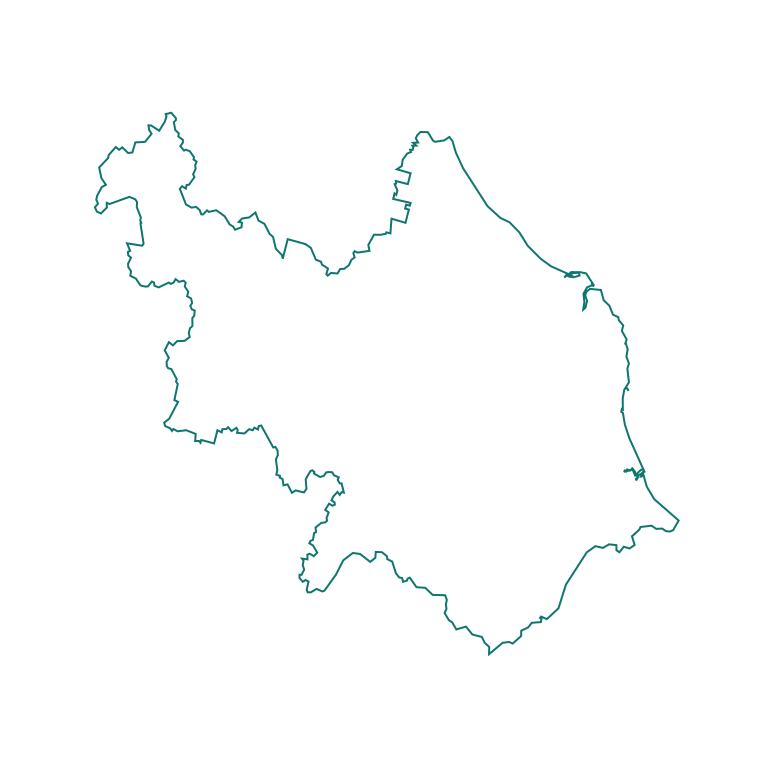 outline of Bundaberg, Queensland, Australia, rotated 7°
{"feature_id": "25037944B53664742087650", "entity_name": "Bundaberg", "entity_type": "district", "adm_level": 2, "iso_a3": "AUS", "parent_name": "Australia", "parent_adm1": "Queensland", "projection": "robinson", "projection_center": [152.268, -24.973], "detail": "fine", "context": "isolated", "style": "outline", "palette": "teal", "viewbox_px": 768, "rotation_deg": 7, "n_neighbors": 0, "source": "geoboundaries", "source_scale": "gbopen_adm2", "svg_char_len": 6147}
<svg xmlns="http://www.w3.org/2000/svg" viewBox="0 0 768 768"><g transform="rotate(7 384 384)"><path d="M652.4,513.2L648.7,504.9L655.2,497.4L656.0,494.7L666.8,492.0L671.8,494.6L677.7,493.6L681.8,495.7L685.8,495.6L688.8,493.8L693.1,483.6L666.3,465.4L657.4,454.0L651.6,440.2L650.1,442.2L650.7,443.1L650.3,444.0L650.7,443.8L650.9,443.9L650.9,444.2L651.2,444.0L651.3,444.1L651.2,444.2L650.8,444.3L650.8,443.9L650.4,444.2L650.2,444.0L649.8,442.2L647.5,443.4L647.1,446.7L645.9,447.2L646.5,448.0L646.2,448.4L645.8,448.3L645.6,449.0L646.0,447.0L647.1,446.5L646.8,444.3L644.3,444.1L640.7,437.8L639.3,439.8L636.8,440.4L635.6,439.4L636.0,439.8L636.0,440.5L635.2,441.4L634.8,441.3L634.2,440.6L633.6,440.6L633.7,441.5L633.1,442.3L633.5,440.5L634.3,440.6L635.1,441.3L635.9,440.5L635.5,439.5L635.7,439.2L639.0,439.7L640.7,437.4L643.7,440.3L644.6,443.7L649.7,437.7L652.1,437.4L653.7,440.2L634.3,408.2L628.0,394.9L624.7,383.7L622.9,382.7L623.1,379.9L624.2,380.4L622.7,369.2L623.2,360.4L626.9,352.5L623.7,339.1L624.6,333.8L621.3,327.4L621.6,319.7L619.2,314.5L617.6,314.5L618.7,314.3L619.4,310.2L613.6,302.3L614.3,296.7L609.3,292.1L608.4,289.1L602.9,287.3L598.1,278.8L591.8,274.0L587.8,264.2L576.9,264.5L574.0,267.3L572.8,271.4L575.4,276.7L574.7,283.5L572.7,285.9L572.9,278.3L571.0,270.1L573.8,263.3L579.2,260.3L577.5,258.7L579.3,259.9L579.6,261.8L580.1,260.3L571.2,249.6L565.3,249.1L556.1,250.1L554.8,251.6L563.8,249.8L564.9,252.5L559.4,254.9L554.7,254.9L552.2,254.0L549.9,256.4L552.0,253.2L554.4,254.5L556.7,253.3L535.6,246.9L524.2,240.6L509.8,229.3L499.9,217.0L488.9,208.2L479.3,205.0L465.1,194.9L436.2,160.2L427.2,145.7L422.3,134.5L418.8,130.8L414.2,134.8L405.2,137.4L402.9,136.4L396.9,128.7L389.5,129.4L386.7,133.0L385.6,136.2L388.4,140.2L383.5,141.1L386.9,143.4L383.1,144.0L384.3,145.3L383.9,148.2L381.4,148.3L382.5,150.5L379.0,152.4L375.2,159.1L375.1,165.5L370.6,169.3L384.7,171.6L383.3,182.7L371.0,181.1L371.6,183.6L370.2,184.3L373.7,190.2L373.1,194.7L371.2,193.6L370.6,199.2L388.3,201.0L387.9,203.8L384.1,203.3L383.6,207.3L387.4,207.8L385.7,221.4L371.3,219.0L372.0,233.7L367.8,233.2L367.6,234.6L362.5,236.3L355.9,237.0L351.5,247.9L353.4,253.6L341.8,256.8L338.7,255.8L337.6,257.7L339.4,262.0L336.6,264.6L334.7,270.3L330.5,274.5L326.4,275.3L324.4,280.0L317.9,280.2L314.9,283.3L313.4,282.2L314.3,276.2L307.9,273.1L306.5,270.3L301.2,268.9L294.8,257.8L289.0,254.7L270.8,252.0L268.2,272.0L267.2,268.7L260.1,262.9L256.0,251.6L252.2,249.0L245.8,239.6L239.5,237.1L235.5,229.5L229.9,235.1L223.0,237.0L220.1,240.8L223.3,241.1L223.5,245.8L217.3,249.0L215.1,246.1L211.3,244.4L205.4,236.9L196.3,232.0L189.1,234.5L187.2,233.2L183.8,237.7L182.0,237.9L179.8,233.8L175.9,231.1L171.6,232.4L165.6,230.0L157.6,215.2L159.5,212.3L163.5,214.2L163.9,210.5L166.2,210.0L170.6,201.8L169.0,199.1L170.8,193.5L169.9,189.8L170.9,186.1L167.6,184.4L167.8,182.1L163.0,176.7L158.8,175.6L157.1,176.7L152.9,172.8L155.0,168.8L154.6,166.2L149.6,163.3L149.8,160.3L145.9,157.4L143.5,149.8L145.3,147.4L145.0,145.5L139.8,140.7L134.4,142.7L135.5,144.8L134.4,150.6L130.0,160.0L121.3,155.8L118.7,156.0L119.8,160.3L122.8,164.0L117.3,172.8L107.8,174.5L106.0,184.9L101.8,185.9L95.4,181.0L92.6,183.8L88.9,181.5L82.8,190.4L82.6,193.4L74.9,203.8L78.4,214.1L83.7,220.2L79.9,222.9L76.3,232.2L76.0,236.2L78.2,239.9L75.5,243.8L78.0,247.9L82.3,249.2L87.4,242.7L86.7,238.0L89.6,238.8L108.5,229.3L114.6,231.0L116.7,233.5L117.1,238.7L122.3,248.2L122.2,251.7L123.5,253.6L122.7,254.3L128.3,274.1L127.2,276.2L111.8,275.7L115.8,282.8L113.7,284.1L114.5,287.5L117.5,289.4L115.3,295.9L115.9,299.0L119.2,303.0L119.0,307.5L124.9,309.6L130.2,315.8L135.6,316.4L137.8,315.9L141.1,310.6L143.4,311.4L144.1,314.4L148.5,315.6L158.0,309.6L160.2,310.6L162.8,309.0L164.4,305.3L168.1,307.6L172.6,305.9L174.8,307.6L174.4,311.5L178.5,316.3L177.9,320.9L182.1,322.6L183.7,327.0L182.2,330.0L184.0,333.2L187.2,334.2L187.3,339.5L185.7,341.9L186.8,349.8L184.6,352.4L184.0,357.3L185.5,361.0L180.7,365.5L173.4,366.7L169.8,371.4L165.4,368.7L162.3,377.3L167.2,384.3L165.5,388.7L166.3,392.7L167.9,394.7L171.1,395.1L177.7,404.5L177.3,407.0L179.3,409.2L177.9,425.5L181.8,426.8L175.0,444.7L170.5,449.2L172.0,452.4L177.3,454.1L179.3,456.4L180.5,454.3L184.9,456.1L193.3,454.0L203.2,456.5L203.5,463.6L207.3,463.1L209.0,464.7L209.4,461.8L222.6,463.7L224.3,450.2L228.8,451.8L229.1,448.5L233.0,447.9L234.5,445.9L238.4,449.3L242.8,445.5L244.4,447.4L244.1,450.4L251.6,450.1L255.6,445.3L259.4,445.9L260.6,443.1L264.5,444.5L264.8,441.1L267.2,440.2L281.8,460.5L283.9,459.7L286.6,463.3L287.3,467.6L285.9,471.9L288.6,482.5L288.2,487.1L291.9,487.8L291.9,489.6L295.0,490.8L296.6,496.8L300.5,495.4L305.9,503.2L309.2,500.4L317.8,501.4L319.8,497.5L317.9,488.2L321.5,479.5L323.3,478.4L325.6,479.8L325.4,481.4L331.9,484.1L335.5,482.5L337.4,478.7L340.2,478.1L343.3,477.9L345.5,480.7L350.4,482.1L349.8,484.9L352.1,488.0L354.0,487.8L357.4,496.7L355.1,496.5L353.6,499.5L351.0,496.8L347.4,501.8L346.1,505.9L349.4,507.6L349.9,509.8L347.6,511.1L344.1,509.5L341.0,516.1L344.7,518.2L343.3,524.1L344.2,526.5L342.6,528.5L338.7,529.5L333.5,534.8L334.6,539.3L332.8,540.4L332.5,547.3L330.1,548.8L329.3,551.2L333.2,552.9L338.3,559.6L335.2,563.4L331.0,561.5L328.7,562.7L329.4,567.4L323.9,567.3L325.7,569.2L325.4,573.7L327.4,578.0L325.4,583.5L323.4,583.6L323.8,586.9L327.5,590.2L330.0,588.1L333.2,589.3L332.3,597.7L333.7,600.1L336.8,599.7L342.0,595.6L348.1,597.4L350.1,596.4L359.5,579.2L365.1,563.9L373.7,555.5L380.9,555.6L392.0,562.2L396.6,557.6L396.3,551.7L402.5,551.2L407.9,554.6L408.6,557.4L413.8,559.3L418.9,570.4L422.8,574.2L425.6,574.3L427.1,578.0L430.8,576.3L431.1,574.3L433.2,573.1L441.0,581.7L449.8,581.3L458.0,587.4L470.4,586.2L472.7,590.7L472.2,595.0L473.4,599.6L472.1,604.0L477.2,610.5L480.7,612.2L485.7,618.8L494.9,614.8L502.3,621.9L511.9,623.1L515.6,628.7L520.5,632.2L521.2,639.3L533.3,626.4L539.7,624.8L543.3,626.0L550.8,617.5L550.3,612.1L556.7,608.1L559.8,603.0L568.7,601.2L568.9,598.0L567.4,597.2L568.3,595.7L574.3,597.5L584.5,585.4L589.0,561.0L605.8,526.3L613.6,519.2L621.2,520.0L627.0,515.7L634.3,515.6L635.0,520.7L638.2,522.3L641.8,516.3L647.8,517.3L652.4,513.2ZM626.8,359.7L625.2,358.1L627.4,361.0L626.8,359.7Z" fill="none" stroke="#0f766e" stroke-width="2"/></g></svg>